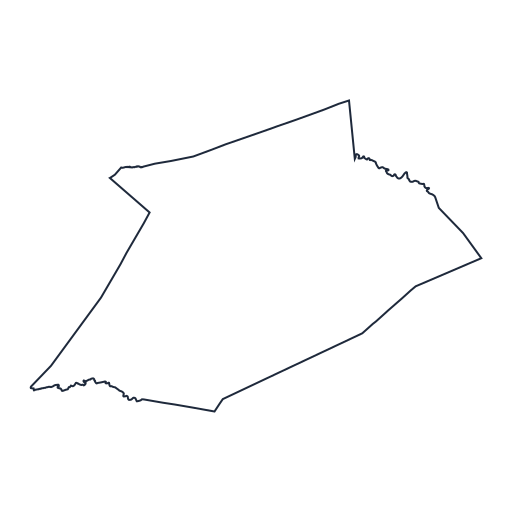 outline of Gwembe, Southern, Zambia
{"feature_id": "96606910B99334137269025", "entity_name": "Gwembe", "entity_type": "district", "adm_level": 2, "iso_a3": "ZMB", "parent_name": "Zambia", "parent_adm1": "Southern", "projection": "orthographic", "projection_center": [27.8, -16.661], "detail": "fine", "context": "isolated", "style": "outline", "palette": "slate", "viewbox_px": 512, "rotation_deg": 0, "n_neighbors": 0, "source": "geoboundaries", "source_scale": "gbopen_adm2", "svg_char_len": 5757}
<svg xmlns="http://www.w3.org/2000/svg" viewBox="0 0 512 512"><path d="M349.0,100.5L338.7,103.8L324.4,109.5L295.1,120.1L276.6,126.5L273.4,127.7L256.6,133.6L225.7,144.3L210.6,150.1L193.3,156.5L170.9,161.0L154.8,163.7L143.9,166.5L143.4,166.6L143.1,166.7L142.6,167.1L142.4,167.1L141.5,167.0L141.1,167.4L140.9,167.4L140.7,167.3L140.4,167.1L140.0,167.0L139.7,166.6L138.3,166.3L138.0,166.5L137.9,166.5L137.7,166.3L137.2,166.4L136.9,166.4L136.8,166.7L136.7,166.8L135.5,166.8L135.2,166.9L134.8,167.0L134.6,167.2L134.1,167.2L133.5,167.1L133.1,167.1L132.8,167.3L132.6,167.4L132.2,167.4L131.4,167.4L130.9,167.3L130.7,167.1L130.2,167.3L129.6,167.2L129.5,166.9L129.2,167.1L128.5,166.9L128.3,167.1L127.9,167.1L127.7,167.1L127.1,166.8L126.4,167.1L125.9,167.0L125.1,167.1L124.7,167.3L123.5,167.6L122.2,167.8L121.2,167.5L114.9,174.7L110.1,177.9L109.9,178.0L149.6,212.5L143.7,223.4L126.5,252.9L120.5,264.2L101.0,297.6L51.0,365.8L31.0,386.6L30.9,386.8L30.9,387.0L30.7,387.7L30.8,387.9L30.9,388.1L32.4,388.4L33.4,388.4L33.6,388.4L33.7,388.7L33.7,388.9L33.8,389.3L33.8,389.9L33.9,390.3L34.2,390.3L34.6,390.2L34.9,389.9L35.2,389.8L35.9,389.6L36.3,389.6L37.6,389.3L38.3,389.3L38.8,389.2L39.1,388.9L40.8,388.8L41.1,388.6L41.2,388.4L41.9,388.3L42.7,388.2L43.2,388.2L44.0,387.9L45.1,387.9L46.4,387.3L47.5,387.2L48.7,386.8L49.0,386.8L49.4,386.9L49.8,386.8L50.1,386.8L50.4,387.0L51.0,387.1L51.3,387.0L52.1,386.7L53.4,386.1L54.3,385.4L55.6,385.0L58.2,384.7L58.7,385.1L58.8,385.4L58.8,386.2L58.7,386.4L58.4,386.4L57.9,386.3L57.7,386.7L57.6,387.4L57.7,387.7L58.0,387.9L58.8,388.1L59.3,388.4L60.1,388.4L60.5,388.5L61.1,389.1L61.3,389.4L61.4,389.7L61.6,389.9L61.8,390.6L62.0,390.8L62.3,390.9L62.7,390.9L63.5,390.6L64.9,390.1L65.6,389.8L67.7,389.3L67.9,389.1L68.1,388.7L68.5,387.7L68.8,387.2L69.2,387.1L69.8,387.1L70.6,386.2L71.0,385.6L72.2,386.1L72.6,386.2L72.9,386.2L73.3,386.0L73.7,385.8L74.5,385.1L74.7,384.8L75.9,382.9L76.3,382.8L76.7,382.9L77.5,383.3L77.7,383.5L77.9,383.4L79.5,384.4L80.1,384.6L81.3,385.0L81.9,384.9L82.4,384.7L83.2,384.9L83.6,385.1L83.7,385.3L83.9,385.3L84.4,385.1L84.9,384.6L85.3,384.2L85.6,383.5L85.6,382.9L85.0,382.8L84.5,382.6L84.2,382.3L83.5,381.2L83.5,380.9L83.8,380.5L84.4,380.7L85.1,381.0L85.8,381.2L86.2,381.1L87.6,380.4L88.6,379.8L89.6,379.5L90.3,379.5L91.1,378.8L91.7,378.6L92.3,378.5L92.7,378.4L93.2,378.4L93.5,378.5L94.1,379.1L94.2,379.9L94.3,380.2L94.4,380.3L94.7,380.4L94.9,380.6L94.8,380.8L94.9,381.4L96.0,383.0L96.4,383.3L96.6,383.4L96.8,383.4L97.5,383.0L101.0,382.4L105.0,381.5L105.4,381.6L105.7,381.7L105.8,381.8L105.7,382.2L105.5,382.7L105.5,382.8L105.6,383.1L105.9,383.3L106.2,383.4L106.9,383.3L107.7,383.2L108.8,382.7L109.0,382.8L109.2,383.6L109.3,383.9L109.3,384.6L109.5,385.1L109.7,385.7L110.1,386.2L110.3,386.3L110.6,386.2L111.7,386.2L111.8,386.3L112.5,386.7L113.9,387.1L115.3,387.4L116.3,388.2L118.4,389.7L119.4,390.6L120.6,391.1L121.4,391.3L121.9,391.6L122.5,391.9L122.8,392.3L123.3,392.7L123.6,393.1L123.8,393.6L123.7,394.1L123.3,395.8L123.3,396.0L123.6,396.4L123.8,396.5L125.3,396.3L126.4,395.9L126.7,395.9L127.4,396.3L127.6,396.5L127.8,396.9L127.9,398.0L128.1,398.9L128.5,399.5L129.0,399.9L129.5,399.9L130.9,399.7L131.3,399.5L132.1,398.9L133.0,398.0L133.4,397.8L133.8,397.7L134.8,397.9L135.4,398.3L135.6,398.6L135.8,399.3L136.5,400.6L136.6,401.0L136.9,401.3L137.2,401.2L137.7,401.2L139.6,400.7L140.7,400.3L142.0,399.3L143.7,399.4L162.8,402.7L174.7,404.5L192.8,407.6L214.5,411.5L219.7,403.6L222.8,399.1L279.5,372.3L362.3,333.3L372.8,323.9L375.9,321.5L382.9,315.2L388.3,310.3L402.4,298.0L410.9,290.3L415.7,286.3L481.3,258.2L463.1,233.1L438.8,207.9L435.2,197.2L434.6,196.1L433.3,195.0L431.7,194.1L431.4,194.1L430.0,193.6L429.3,193.3L428.9,193.0L428.1,191.9L427.5,191.4L427.1,191.2L426.9,191.0L426.8,190.5L427.2,189.7L428.5,188.9L428.9,188.6L429.0,188.2L428.8,188.0L428.4,187.9L428.2,187.9L427.0,188.1L426.6,188.1L426.0,188.0L425.7,187.9L424.8,187.1L424.6,186.6L424.4,186.3L424.3,184.9L424.1,184.5L423.9,183.9L423.6,183.8L423.0,183.9L422.5,184.0L421.8,183.9L419.3,183.4L419.0,183.1L418.7,182.6L418.6,182.0L418.2,181.7L416.4,181.1L415.8,180.8L415.0,180.8L414.4,180.9L413.5,181.3L412.9,181.7L412.2,181.8L411.4,181.8L410.5,181.7L410.1,181.5L409.7,181.0L409.1,180.0L409.1,179.6L408.9,179.3L408.7,179.0L407.8,178.3L407.4,177.8L407.4,177.6L407.5,177.0L407.4,176.6L407.4,176.0L407.3,175.6L407.2,174.8L407.0,173.7L407.0,172.7L406.8,172.4L406.5,172.2L405.9,172.3L405.6,172.5L405.0,173.1L404.5,173.5L404.3,173.8L402.5,176.4L401.7,177.2L401.3,177.6L400.0,178.4L399.4,178.5L398.7,178.5L398.1,178.3L397.7,178.1L397.1,177.5L396.7,176.9L396.2,176.3L396.0,176.0L395.6,174.8L395.4,174.6L395.0,174.3L394.7,174.3L394.4,174.4L394.2,174.6L393.7,175.6L393.2,175.9L392.6,176.1L392.1,176.1L391.8,176.0L391.4,175.8L390.7,175.2L390.5,174.9L390.2,174.7L389.6,174.6L388.7,174.3L387.7,173.8L387.5,173.6L387.2,173.4L386.8,172.7L386.4,171.6L386.0,171.2L385.9,170.9L386.0,170.6L386.5,170.1L387.0,169.8L387.5,169.8L387.7,170.3L387.8,170.4L388.1,170.4L388.4,170.2L388.5,170.0L388.4,169.8L388.3,169.5L388.0,169.4L387.3,169.1L386.1,168.9L384.7,168.6L383.9,168.1L383.5,167.7L383.0,167.4L382.5,167.2L382.1,167.2L381.7,167.3L380.4,167.7L379.6,168.2L379.2,168.3L378.7,168.1L378.5,167.9L376.9,165.4L375.9,163.3L375.8,162.4L375.4,162.1L375.2,161.9L374.8,161.5L373.5,161.0L372.0,160.2L371.2,160.0L370.7,159.8L370.2,160.1L369.8,160.0L369.5,159.0L369.1,158.4L368.9,158.2L368.4,158.2L367.8,158.5L367.4,159.1L367.0,159.5L366.6,159.4L365.9,159.0L365.1,158.4L364.4,158.0L364.0,157.6L364.1,157.0L364.1,156.6L363.5,156.4L363.2,156.5L362.2,157.9L361.1,158.4L359.3,158.5L358.6,158.4L358.6,157.9L358.6,157.4L359.1,156.4L359.1,155.7L358.5,155.0L357.9,154.6L357.1,154.2L356.4,154.2L355.9,154.5L355.8,154.9L355.6,157.2L354.8,158.9L349.0,100.5Z" fill="none" stroke="#1e293b" stroke-width="2"/></svg>